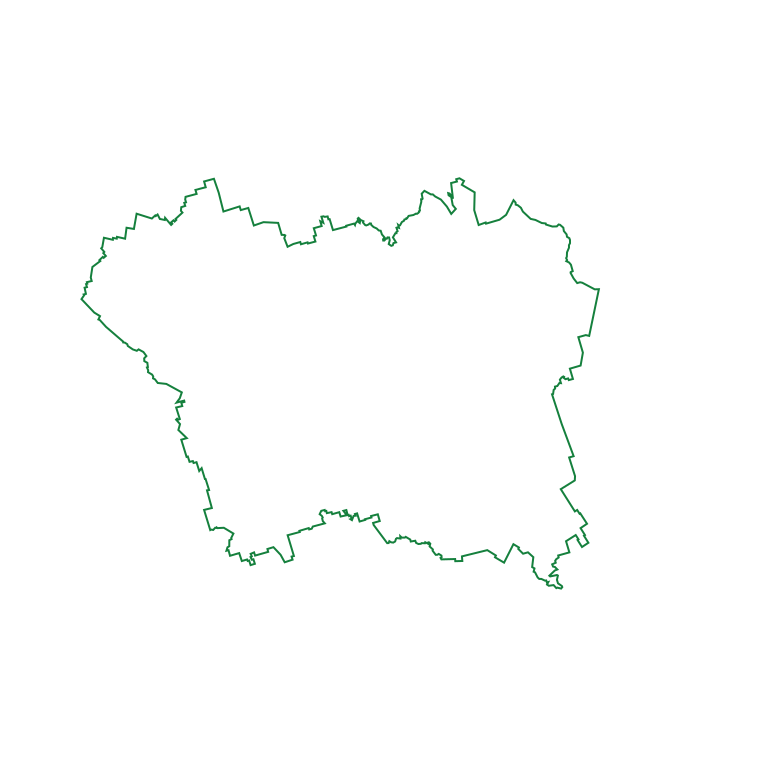 Southern Midlands, Tasmania, Australia (Natural Earth projection), rotated 64°
{"feature_id": "25037944B17356947881143", "entity_name": "Southern Midlands", "entity_type": "district", "adm_level": 2, "iso_a3": "AUS", "parent_name": "Australia", "parent_adm1": "Tasmania", "projection": "natural_earth1", "projection_center": [147.408, -42.418], "detail": "fine", "context": "isolated", "style": "outline", "palette": "green", "viewbox_px": 768, "rotation_deg": 64, "n_neighbors": 0, "source": "geoboundaries", "source_scale": "gbopen_adm2", "svg_char_len": 6165}
<svg xmlns="http://www.w3.org/2000/svg" viewBox="0 0 768 768"><g transform="rotate(64 384 384)"><path d="M345.2,590.6L363.0,593.4L363.2,592.1L368.7,592.9L369.5,589.6L371.5,589.8L372.1,586.8L381.2,588.2L379.7,584.8L390.9,586.6L391.2,586.0L402.6,587.7L402.0,589.7L420.0,593.1L418.3,600.9L439.1,604.2L439.0,603.3L440.3,601.5L439.2,598.7L439.8,597.9L439.5,597.3L440.5,596.9L443.0,591.0L452.4,584.9L455.4,588.8L456.6,589.0L456.6,591.5L462.0,594.2L462.2,596.3L464.8,598.7L465.2,596.6L470.9,597.7L472.5,588.3L480.8,589.4L481.7,584.0L483.3,584.1L483.5,582.6L488.3,583.3L489.0,578.9L484.3,578.2L484.0,579.8L481.0,579.8L481.0,578.4L478.2,578.3L478.4,574.6L481.7,575.1L484.1,561.7L481.2,561.1L482.2,554.9L492.2,551.8L500.7,551.4L501.8,543.2L498.6,542.7L499.1,540.4L477.7,536.9L480.1,524.6L478.9,524.4L480.5,514.8L481.9,515.0L482.4,512.4L480.9,510.5L483.3,498.3L480.4,499.1L477.7,498.5L477.1,497.6L475.2,497.7L472.8,498.9L470.5,496.0L471.2,492.5L472.5,492.7L472.8,491.5L475.0,492.0L476.2,487.3L478.3,487.6L479.6,480.4L484.1,481.1L485.4,475.8L483.5,475.4L480.2,476.1L480.8,473.1L485.9,474.1L486.1,473.1L487.5,473.3L487.7,471.7L490.9,472.2L490.8,473.4L492.3,472.5L489.2,469.1L489.9,467.3L488.1,467.1L488.5,464.9L496.9,466.2L497.9,460.5L497.2,460.4L498.5,453.8L497.0,453.5L498.4,446.7L505.3,447.9L504.1,454.7L506.2,455.1L528.4,450.9L529.0,449.6L527.6,448.1L529.4,447.0L530.6,445.2L530.4,443.0L528.4,441.1L528.2,439.9L530.1,437.0L527.9,436.1L529.8,435.4L531.2,432.6L530.9,431.5L535.3,428.6L537.3,429.0L538.6,424.6L540.9,424.8L542.9,423.2L543.8,420.9L543.5,420.0L545.1,417.0L544.3,416.3L546.9,414.4L545.8,413.8L545.9,413.1L547.8,412.4L550.0,414.2L554.1,412.6L555.1,413.4L560.2,412.4L560.9,410.8L560.7,409.3L563.4,407.6L565.0,408.2L565.1,409.4L566.8,409.3L572.5,396.8L574.5,397.6L577.4,391.2L573.1,389.5L578.6,364.0L587.2,358.6L588.4,360.2L597.2,354.4L584.7,337.9L590.1,334.4L591.1,335.6L597.5,333.4L598.4,328.4L605.1,325.7L613.5,331.1L615.7,329.6L618.3,331.8L619.5,330.8L625.2,330.7L627.3,329.9L628.2,328.0L631.3,325.5L631.7,324.3L633.7,324.6L634.0,323.1L635.7,325.4L637.6,324.3L639.1,319.7L643.0,318.6L643.0,317.5L645.5,314.5L644.7,312.8L643.5,312.7L639.4,315.0L635.8,314.4L632.4,311.7L631.5,312.3L629.8,319.0L628.8,319.4L626.5,312.2L626.7,309.5L623.4,310.6L622.2,312.1L619.8,311.9L619.9,308.0L618.0,307.7L617.0,306.1L616.5,303.1L614.5,302.6L616.6,291.2L605.1,289.3L603.8,277.9L608.9,277.3L609.0,278.4L617.3,277.5L616.3,269.9L608.0,270.8L607.9,269.6L599.7,270.5L598.6,262.8L586.3,264.3L586.4,265.1L581.9,265.6L582.2,268.3L556.0,271.2L554.3,254.8L550.6,252.7L531.2,249.8L532.0,245.2L497.7,241.8L466.9,237.5L467.1,236.4L463.7,234.1L463.1,232.2L461.3,231.5L461.8,229.1L460.0,225.9L460.8,224.6L457.2,224.0L456.0,221.5L455.8,219.5L456.6,219.0L457.2,219.8L459.2,218.8L459.7,216.1L461.5,216.2L462.3,212.0L451.7,210.2L453.6,199.2L443.0,191.5L427.1,188.8L428.5,181.2L430.7,178.5L393.0,149.3L391.3,153.1L379.9,161.4L378.5,163.2L378.0,166.1L372.3,167.3L365.9,167.6L365.3,167.2L365.3,164.9L358.7,163.7L355.9,164.4L353.5,166.3L352.9,165.1L350.7,165.1L349.8,163.9L345.9,161.8L342.6,158.0L340.3,156.9L339.0,155.1L336.1,153.7L334.2,153.5L331.9,155.0L329.6,154.3L325.4,155.3L322.1,154.3L318.1,156.0L317.2,157.1L318.1,159.6L316.3,163.6L311.7,168.5L310.6,168.3L308.5,171.6L302.9,176.0L299.9,179.8L289.9,183.6L285.6,183.7L282.0,185.4L280.5,187.0L278.6,186.2L275.6,187.0L285.5,200.1L287.0,208.1L284.6,222.0L283.4,221.8L282.6,229.2L267.3,226.7L251.5,218.5L239.1,226.7L236.6,223.1L232.2,226.0L231.6,229.3L234.0,229.7L232.8,235.6L247.7,240.8L245.2,240.6L241.5,241.6L240.6,242.6L242.7,243.2L245.5,241.6L253.3,243.8L258.1,242.7L260.6,249.0L252.1,249.7L243.2,252.0L237.9,255.8L235.0,257.0L234.2,258.7L228.1,263.0L229.5,266.7L234.4,268.1L234.7,268.8L234.3,269.7L236.6,270.6L241.8,275.0L243.9,275.7L244.1,276.9L244.8,277.0L245.3,278.2L245.5,279.8L244.9,280.5L245.0,283.5L243.7,288.2L245.2,290.6L244.8,291.2L245.4,291.8L245.1,293.6L246.0,294.4L246.3,297.0L248.4,300.0L248.2,301.1L247.3,301.5L250.2,302.1L249.2,303.0L249.0,304.3L252.6,304.8L252.8,306.2L253.9,306.7L253.5,307.7L256.1,311.7L262.0,311.1L261.5,313.7L263.2,315.3L263.0,316.9L260.3,318.4L257.3,315.8L254.5,315.2L253.8,316.6L254.6,317.7L254.2,318.3L255.2,320.8L254.7,321.8L253.5,321.4L252.4,319.3L248.7,320.3L244.8,319.8L243.7,321.4L241.0,322.4L238.3,324.6L235.4,325.7L234.0,325.4L233.4,326.5L233.9,327.9L233.7,330.4L233.0,331.2L229.7,332.1L228.7,331.1L226.5,333.0L223.5,334.1L223.8,335.1L224.6,335.3L226.6,333.7L228.7,335.2L225.9,336.6L227.3,339.5L228.4,340.4L226.7,340.6L225.2,348.6L226.0,348.8L223.3,362.4L212.0,360.6L211.6,361.8L208.7,361.2L207.8,364.0L206.8,364.8L206.2,366.9L212.5,367.9L209.8,369.9L214.7,370.8L213.2,378.8L220.7,380.0L220.3,382.3L225.9,383.2L224.4,390.8L223.2,390.6L222.0,397.4L219.7,397.0L218.4,404.1L218.4,410.5L209.2,409.7L207.2,407.6L206.4,408.1L205.1,410.6L192.8,408.5L185.7,421.4L184.5,431.5L166.3,428.8L164.9,436.5L161.1,435.9L158.6,452.7L139.6,448.7L125.0,446.9L123.1,456.9L129.0,458.0L126.9,468.4L131.0,469.1L128.8,480.3L131.0,481.8L133.9,482.3L133.6,484.1L136.8,484.6L136.2,488.7L139.3,490.6L141.6,490.0L144.3,499.1L145.5,498.8L146.2,501.0L144.6,501.5L145.4,504.4L147.2,504.0L147.7,505.6L138.7,507.9L140.5,509.1L137.4,513.1L132.4,513.2L133.0,515.5L132.2,515.7L133.5,520.1L122.5,531.7L135.0,540.8L130.7,546.9L139.9,553.0L134.7,559.5L136.2,560.5L133.9,563.5L135.5,564.5L129.8,571.6L137.5,577.2L138.1,578.7L142.7,577.5L143.3,578.9L147.0,577.9L147.7,580.6L146.5,581.0L147.9,585.5L149.1,585.1L151.0,594.8L159.8,600.9L163.3,601.6L162.2,606.4L163.8,606.7L163.6,608.0L166.7,608.5L166.2,610.9L172.3,612.4L171.9,614.5L172.6,614.3L175.1,618.7L192.8,613.1L198.5,609.5L200.8,612.4L201.9,611.4L210.8,608.8L231.5,599.9L232.3,600.2L233.2,598.8L235.7,597.3L237.5,597.6L242.8,594.6L245.8,591.6L245.3,589.4L249.8,586.2L254.7,585.3L255.8,588.3L258.4,589.4L261.2,587.4L265.3,588.8L265.2,589.8L268.2,589.9L269.9,590.9L273.9,588.3L276.0,588.1L277.7,589.1L279.4,587.8L283.9,586.9L288.5,579.6L302.9,569.4L307.3,573.8L309.8,578.6L311.3,570.9L312.6,571.2L312.0,574.4L315.4,575.0L314.0,581.1L326.0,582.9L325.8,584.8L324.5,585.2L324.9,586.5L330.6,584.9L335.2,589.0L346.2,585.0L345.2,590.6Z" fill="none" stroke="#15803d" stroke-width="2"/></g></svg>